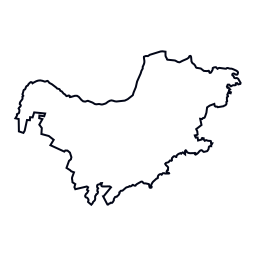 an SVG outline of North West
{"feature_id": "ZAF-1201", "entity_name": "North West", "entity_type": "Province", "adm_level": 1, "iso_a3": "ZAF", "parent_name": "South Africa", "parent_adm1": "", "projection": "orthographic", "projection_center": [25.686, -26.361], "detail": "fine", "context": "isolated", "style": "outline", "palette": "ink", "viewbox_px": 256, "rotation_deg": 0, "n_neighbors": 0, "source": "natural_earth", "source_scale": "10m", "svg_char_len": 5766}
<svg xmlns="http://www.w3.org/2000/svg" viewBox="0 0 256 256"><path d="M162.4,51.3L165.5,51.7L165.5,55.3L165.7,56.5L166.8,58.5L167.1,59.5L167.5,59.7L174.3,60.4L175.3,60.6L177.6,61.9L178.4,62.1L179.4,62.3L180.0,62.1L182.5,60.8L187.1,58.8L188.8,57.6L189.2,56.5L189.6,56.1L190.3,55.9L190.8,56.2L191.1,57.1L191.5,61.5L192.5,63.2L193.9,64.1L195.1,65.5L196.0,67.4L196.5,67.8L200.8,68.5L203.8,70.9L206.9,71.1L208.7,70.8L209.1,71.2L209.4,72.5L209.7,72.8L209.9,72.9L210.5,72.8L211.0,72.5L212.4,70.2L212.7,69.3L212.7,68.3L212.8,68.0L214.1,67.4L215.9,67.2L217.5,68.8L218.8,68.0L219.5,67.9L225.4,68.7L226.1,68.7L226.4,68.4L226.9,68.1L227.8,68.0L229.7,68.6L231.7,68.7L233.1,69.2L236.2,70.6L237.4,71.4L238.0,72.3L237.8,73.5L237.5,74.3L237.0,74.7L236.2,74.7L235.6,74.5L234.1,73.6L233.5,73.5L232.6,73.8L232.3,74.4L232.4,75.3L233.3,75.9L233.8,76.6L234.1,77.6L234.6,78.0L235.4,78.2L236.8,78.0L238.2,78.8L240.6,82.9L240.3,83.9L238.3,84.4L237.1,83.1L235.8,83.3L235.8,84.9L234.9,85.3L233.1,85.2L230.9,86.3L229.1,84.6L227.7,84.7L226.9,86.7L227.5,87.8L228.5,87.5L230.1,89.5L229.1,90.0L228.8,91.5L230.9,92.3L230.6,93.3L228.1,92.8L227.3,94.8L227.7,95.0L228.0,96.4L226.9,97.3L226.9,99.9L227.2,101.0L227.1,101.3L226.5,101.7L226.4,102.0L226.5,103.3L226.3,104.2L225.5,105.2L224.2,105.7L223.6,106.2L217.7,107.2L217.0,106.6L215.5,106.6L214.7,105.9L214.3,103.9L209.7,105.6L207.1,107.4L206.4,112.7L205.0,116.8L204.4,117.8L203.1,118.0L202.2,119.0L200.2,118.8L201.5,125.0L196.2,129.1L197.3,131.4L197.6,134.5L196.9,135.0L194.8,135.4L195.2,136.6L195.6,136.8L195.8,137.6L197.6,137.5L198.1,140.5L201.7,139.5L201.9,138.2L202.5,138.0L203.7,138.3L203.6,139.3L204.8,140.8L206.1,140.1L208.1,140.8L210.2,140.9L210.9,141.2L211.1,143.2L212.3,143.3L211.4,145.0L210.9,145.3L211.1,146.2L210.2,146.2L209.4,146.4L208.9,146.9L208.5,149.2L207.3,151.0L206.9,151.2L203.9,151.9L203.4,151.7L202.1,150.5L201.6,150.2L200.5,150.4L199.5,151.2L197.9,153.1L196.3,154.3L195.5,154.6L195.1,154.3L195.4,153.4L195.4,153.1L195.0,152.9L194.0,153.1L190.1,153.2L188.4,152.9L187.1,152.2L186.3,150.8L185.8,150.3L185.2,150.7L185.0,151.4L185.1,154.3L184.2,153.6L182.8,152.4L181.9,152.9L181.2,153.7L180.3,153.1L179.6,153.6L178.7,153.8L178.0,154.3L176.7,155.5L176.3,157.0L176.0,157.0L175.7,156.6L174.4,156.2L173.8,156.3L173.2,156.8L172.1,158.0L171.9,158.4L171.9,160.4L171.3,160.8L170.4,160.5L169.9,160.5L168.9,161.8L168.2,162.3L166.0,162.9L165.2,163.9L166.0,165.2L167.4,166.4L168.1,167.3L168.0,169.9L167.9,169.9L167.7,169.9L167.4,170.1L166.9,170.9L166.6,171.7L166.9,172.4L168.7,172.8L169.0,173.1L169.1,173.4L168.9,173.5L165.0,173.5L164.3,173.2L163.2,173.2L162.7,173.3L162.3,173.7L161.9,174.5L161.7,174.7L160.8,174.1L159.7,174.3L158.8,174.9L158.1,175.8L157.8,176.9L157.9,177.7L157.9,177.9L157.5,178.3L156.5,178.6L152.9,181.9L152.1,183.1L151.1,185.1L151.1,185.8L151.7,186.8L151.6,187.2L151.4,187.6L150.9,187.7L150.2,187.8L149.7,187.5L149.4,186.7L149.0,184.4L148.8,184.1L145.7,183.4L144.1,183.4L143.4,183.0L142.4,181.8L142.0,181.6L141.1,181.7L137.0,184.0L136.0,184.8L135.5,185.6L135.2,185.7L134.9,185.7L134.2,185.5L133.0,184.9L132.6,184.9L132.3,185.1L131.9,185.7L130.8,186.3L130.3,186.4L129.5,186.1L129.3,186.2L128.9,186.7L126.4,187.4L125.8,187.8L122.7,190.5L122.2,190.7L120.9,190.8L120.5,191.1L119.8,192.1L119.3,192.4L119.3,192.7L119.5,193.4L118.7,194.8L118.1,195.5L117.3,196.0L116.7,196.8L115.8,196.8L115.0,197.1L113.8,199.2L113.9,200.1L113.2,201.5L112.6,202.3L112.1,202.8L110.9,202.7L110.6,203.2L109.4,203.4L108.6,204.2L108.0,204.6L107.7,204.6L107.4,204.5L103.1,196.3L103.8,196.1L111.0,187.3L110.4,186.8L109.6,186.4L108.8,186.4L102.7,186.5L101.7,186.2L101.3,185.6L101.5,184.4L101.9,183.1L100.6,183.2L99.8,184.2L98.0,184.6L97.7,184.9L97.4,185.0L97.1,185.8L97.1,186.7L97.3,187.5L98.0,188.0L98.2,188.4L97.5,189.3L97.3,191.0L97.9,191.5L97.9,192.6L97.5,193.6L97.2,193.9L96.5,194.1L96.2,194.4L95.9,195.3L95.2,196.1L95.1,197.2L95.2,198.9L94.8,200.3L93.0,202.1L92.7,203.0L92.3,203.6L91.3,204.7L88.1,202.0L88.1,201.4L88.5,200.3L88.4,199.4L87.4,198.0L86.8,197.6L85.8,197.3L85.4,196.8L85.1,196.0L85.9,194.1L87.2,192.9L88.3,190.8L87.0,189.8L88.1,187.3L86.8,186.5L75.3,189.2L74.4,187.1L75.3,184.1L72.5,182.3L72.2,179.7L72.0,178.9L72.1,177.4L74.0,172.3L71.2,171.3L70.3,170.3L66.5,167.9L69.0,160.9L70.9,159.3L71.4,157.2L69.9,152.6L67.5,150.6L65.3,150.5L64.3,151.6L50.4,145.2L53.7,139.8L48.8,136.0L41.4,134.0L41.8,128.0L39.3,124.7L42.4,119.1L39.2,118.2L39.4,115.5L44.2,116.3L45.1,113.5L34.2,112.4L32.6,117.4L30.1,117.2L29.9,120.2L27.0,120.0L24.7,130.7L23.4,132.9L18.9,131.4L18.7,119.0L15.4,118.3L17.0,115.6L17.1,115.1L16.9,114.3L17.3,113.9L18.4,113.5L18.8,113.2L19.1,112.6L19.4,110.8L19.4,109.8L19.1,109.3L18.6,108.5L19.0,107.8L20.4,106.4L20.8,105.6L20.5,104.7L20.2,104.3L19.8,104.1L19.8,103.4L20.0,102.5L20.5,101.6L22.2,99.4L22.4,99.0L22.6,97.9L22.4,97.0L22.4,96.7L23.3,95.8L23.1,95.4L22.5,94.5L22.5,94.1L22.9,93.1L23.6,90.3L23.9,89.9L24.9,89.4L25.3,88.9L25.9,87.2L26.2,86.6L26.5,86.2L27.9,85.4L28.4,84.3L29.9,82.7L30.9,82.1L31.8,82.3L32.3,83.0L32.5,83.3L33.4,82.7L36.3,81.2L38.2,80.6L40.2,80.4L42.4,80.8L44.8,81.6L45.5,81.5L47.3,80.9L47.9,81.1L49.4,82.9L52.0,84.3L56.3,87.6L57.1,88.5L59.3,89.1L59.7,89.5L60.4,90.8L61.9,91.5L63.5,93.5L65.3,94.7L65.9,95.6L66.7,96.1L68.7,95.5L69.2,95.6L70.0,96.2L70.1,96.6L69.8,96.9L69.9,97.1L70.8,97.0L74.9,95.8L77.0,95.8L78.7,96.8L81.5,100.0L83.2,101.3L85.2,101.6L87.1,101.0L87.9,100.8L92.6,102.6L94.8,104.0L96.2,104.3L99.1,104.0L101.5,104.5L102.7,104.4L105.0,103.7L105.8,103.4L108.2,101.6L110.0,100.7L111.5,100.4L113.0,100.7L114.9,101.3L116.5,101.5L124.8,100.6L127.7,99.2L132.8,95.2L133.6,92.5L135.8,87.2L137.1,81.5L140.6,73.6L141.5,70.7L142.7,68.6L142.7,66.9L143.9,64.2L144.3,62.8L144.4,61.0L143.9,57.8L144.0,56.7L145.9,56.0L147.9,56.1L149.8,54.8L160.5,51.5L162.4,51.3Z" fill="none" stroke="#020617" stroke-width="2"/></svg>